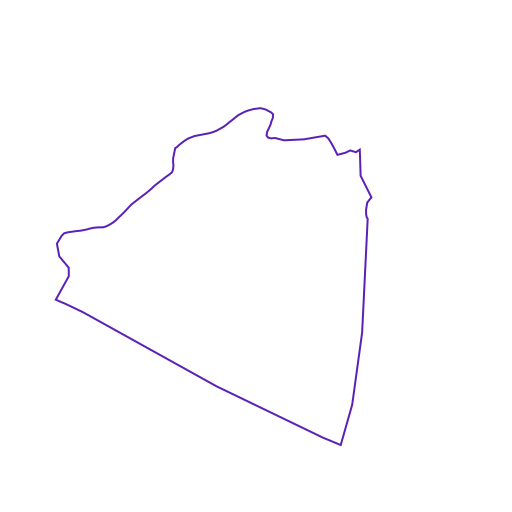 outline of Arma'a, Shabwah, Yemen, rotated 213°
{"feature_id": "15242507B99813098953418", "entity_name": "Arma'a", "entity_type": "district", "adm_level": 2, "iso_a3": "YEM", "parent_name": "Yemen", "parent_adm1": "Shabwah", "projection": "equal_earth", "projection_center": [47.238, 15.391], "detail": "fine", "context": "isolated", "style": "outline", "palette": "violet", "viewbox_px": 512, "rotation_deg": 213, "n_neighbors": 0, "source": "geoboundaries", "source_scale": "gbopen_adm2", "svg_char_len": 1735}
<svg xmlns="http://www.w3.org/2000/svg" viewBox="0 0 512 512"><g transform="rotate(213 256 256)"><path d="M82.0,143.6L94.3,183.6L125.3,249.6L182.7,348.2L184.3,348.8L186.4,351.0L188.9,354.8L191.8,361.4L191.3,366.9L191.0,367.4L191.1,368.0L191.4,368.2L212.0,380.3L223.2,396.5L226.9,401.7L228.7,397.5L234.5,395.8L237.3,391.2L242.8,385.2L245.7,386.9L248.4,388.5L251.2,390.0L253.8,391.4L256.7,392.8L259.4,394.0L262.3,394.4L263.5,394.6L279.4,379.9L295.5,368.3L304.4,365.3L304.8,364.9L307.5,362.8L310.2,361.9L312.1,362.5L312.7,362.7L313.5,364.4L314.3,366.2L314.8,370.2L315.4,374.2L316.4,377.2L317.0,380.8L318.8,384.1L321.5,384.7L324.4,384.4L327.3,384.2L327.7,384.1L330.1,383.4L333.1,382.2L335.5,380.1L337.9,378.1L340.1,375.7L342.1,373.4L344.1,370.6L345.9,367.5L347.6,364.4L348.8,360.8L350.0,357.1L351.2,353.7L352.4,349.9L353.6,346.6L355.4,343.3L357.1,340.0L359.0,337.2L361.0,334.8L363.3,332.3L365.6,330.2L367.9,327.9L370.3,325.6L372.9,323.1L374.8,320.5L376.9,317.6L378.4,314.4L379.7,310.9L380.9,307.4L381.7,304.0L382.5,302.5L381.3,299.4L380.0,296.1L378.7,292.8L376.8,289.8L374.8,287.3L373.0,284.1L372.0,280.6L373.1,277.1L374.4,273.9L375.6,270.5L376.8,267.1L378.1,263.4L379.4,259.6L380.3,255.7L381.3,252.3L382.4,248.8L383.6,245.5L384.8,242.2L386.1,238.5L387.4,234.7L388.6,231.3L389.2,227.8L389.9,223.8L390.6,220.2L391.4,216.6L392.3,213.0L393.1,209.2L394.4,205.6L396.0,202.3L397.8,199.2L400.1,196.6L402.6,195.0L405.1,193.2L407.6,191.2L409.9,188.9L412.0,186.5L414.4,184.1L416.9,181.7L419.4,179.7L421.8,177.7L424.3,175.5L426.7,173.4L429.2,170.7L430.0,166.9L429.7,157.9L420.7,148.5L406.7,144.2L402.0,137.1L400.1,110.3L389.7,112.1L370.6,114.6L218.2,125.2L175.7,130.6L100.9,140.1L82.0,143.6Z" fill="none" stroke="#5b21b6" stroke-width="2"/></g></svg>